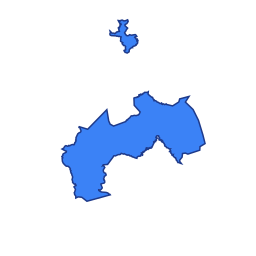 the district of Santiago Choápam, Oaxaca, Mexico, rotated 306°
{"feature_id": "50627088B5221153952637", "entity_name": "Santiago Choápam", "entity_type": "district", "adm_level": 2, "iso_a3": "MEX", "parent_name": "Mexico", "parent_adm1": "Oaxaca", "projection": "robinson", "projection_center": [-95.863, 17.388], "detail": "fine", "context": "isolated", "style": "filled", "palette": "blue", "viewbox_px": 256, "rotation_deg": 306, "n_neighbors": 0, "source": "geoboundaries", "source_scale": "gbopen_adm2", "svg_char_len": 5853}
<svg xmlns="http://www.w3.org/2000/svg" viewBox="0 0 256 256"><g transform="rotate(306 128 128)"><path d="M44.6,137.8L63.5,152.9L63.7,152.3L63.4,151.1L63.6,149.9L63.0,148.1L60.7,144.3L60.3,142.8L60.3,141.0L60.8,140.6L61.6,142.1L62.8,142.4L64.3,142.4L64.6,142.2L66.4,139.3L66.9,139.0L69.5,141.1L70.4,141.1L71.5,140.2L72.0,139.4L71.7,139.2L71.8,138.9L72.6,138.1L73.5,138.0L74.9,137.3L76.8,138.0L77.3,137.8L77.4,137.4L78.2,136.5L77.8,135.0L78.3,133.8L79.4,132.7L82.0,132.4L82.3,132.5L82.8,131.5L83.2,130.0L82.7,129.7L83.7,129.6L86.5,132.9L95.8,133.0L96.9,132.8L97.4,133.1L98.0,134.2L100.7,135.7L101.8,137.1L102.6,137.4L103.5,137.4L104.3,139.8L105.0,140.1L105.1,141.4L105.5,142.6L105.4,142.6L105.5,143.3L106.4,144.1L106.5,144.9L106.8,145.2L106.6,145.5L106.6,146.2L107.4,147.2L107.1,148.1L107.3,148.4L107.3,148.9L107.6,149.3L108.0,151.3L108.7,153.0L109.9,152.5L111.3,153.0L112.3,154.3L112.8,154.7L113.5,154.2L114.1,154.5L114.7,154.3L114.3,155.1L114.4,155.7L114.8,155.7L115.5,155.1L115.8,153.6L117.0,154.5L117.4,154.1L117.8,154.1L118.1,154.3L118.0,155.0L118.7,155.2L119.3,155.0L120.2,155.4L120.6,155.0L120.8,155.0L121.1,155.8L121.8,155.8L122.3,154.5L122.8,154.6L123.0,154.9L122.6,155.2L122.3,156.0L122.4,156.8L123.7,157.1L123.9,156.5L124.2,156.9L125.0,157.3L124.6,157.7L125.4,158.6L126.4,158.8L127.0,158.3L127.6,158.5L129.8,158.0L130.7,158.0L131.5,157.3L131.5,157.7L132.0,157.8L132.6,157.4L133.2,158.3L133.8,158.1L134.0,157.4L134.3,157.3L134.5,157.5L134.5,158.1L134.9,158.2L136.1,157.3L137.0,157.7L137.1,157.4L136.7,156.3L136.9,156.0L137.7,156.1L138.2,155.9L138.4,155.3L138.5,156.2L139.2,156.5L139.6,157.2L139.6,157.6L139.0,158.0L138.5,159.5L137.8,159.3L137.1,159.6L136.6,160.2L136.7,160.6L137.3,160.7L137.9,161.4L138.0,162.4L137.4,162.0L137.1,162.1L137.1,162.9L136.7,163.3L136.8,163.9L137.5,164.1L137.4,164.3L137.0,164.4L136.7,166.4L136.1,167.2L136.1,167.6L135.3,168.0L135.0,168.8L135.3,169.5L135.1,170.4L134.8,170.7L135.3,171.9L135.3,173.4L135.8,174.2L135.5,174.1L134.9,175.6L134.6,175.7L133.5,175.3L133.3,175.4L133.8,176.7L132.9,177.4L132.8,177.8L132.8,178.7L132.0,179.3L131.9,179.8L132.1,180.1L132.9,180.4L132.2,180.7L131.7,181.5L131.6,183.3L131.9,183.9L131.4,184.2L131.1,185.4L130.5,185.7L130.3,187.1L129.8,187.7L129.4,188.8L129.9,189.4L130.2,190.1L130.1,190.7L130.6,192.1L131.3,189.7L132.3,188.7L136.2,188.9L139.4,187.1L141.4,189.1L142.1,191.8L152.2,199.1L155.2,197.2L160.7,199.5L166.3,192.8L175.6,180.5L181.2,169.8L182.7,159.2L189.4,158.8L181.9,152.7L179.3,153.7L178.6,153.7L172.1,151.1L169.8,145.6L169.9,144.8L169.4,144.8L169.1,144.1L168.5,143.9L168.3,142.4L168.0,142.1L167.3,142.0L167.2,141.5L167.9,140.8L167.9,140.3L167.2,140.2L166.6,139.5L166.6,137.5L166.1,136.3L166.4,135.7L166.3,134.2L165.4,132.9L166.3,132.4L166.2,131.4L167.2,129.9L167.2,129.6L166.8,129.2L167.1,124.7L167.4,124.2L169.2,123.1L168.3,122.8L166.5,120.4L165.7,120.4L165.0,119.9L164.2,120.0L164.1,119.5L164.3,119.1L163.6,119.7L163.0,119.6L163.1,119.2L162.8,119.0L162.8,118.3L162.2,118.1L161.7,117.7L161.5,118.4L161.2,118.3L160.7,118.5L160.5,118.3L160.5,117.8L159.9,118.2L159.7,118.0L159.2,117.9L158.8,117.3L158.5,117.6L157.2,116.5L156.9,115.9L155.7,115.2L150.0,119.7L148.1,128.4L145.9,128.9L144.2,128.5L144.0,128.1L142.8,127.3L141.9,125.6L140.4,124.5L139.9,123.7L139.3,123.4L137.2,123.4L135.6,122.8L134.2,122.9L134.0,122.4L133.8,122.3L132.9,122.2L131.9,122.4L121.1,115.2L120.6,111.3L122.4,108.2L130.4,100.1L103.3,96.1L100.4,87.8L99.8,87.8L99.6,88.1L99.8,88.8L99.6,89.6L98.8,90.4L98.5,91.2L97.8,91.8L97.2,92.0L96.3,91.9L95.6,91.3L93.8,90.8L89.6,91.6L88.3,92.6L87.5,92.7L87.3,93.3L86.2,93.7L85.8,93.8L85.1,93.5L84.3,93.9L83.8,93.9L83.4,94.2L82.6,94.1L82.4,93.3L81.8,92.6L80.6,91.8L79.7,91.5L79.5,91.0L79.0,90.9L78.9,90.2L78.1,90.2L77.6,89.7L77.5,88.8L77.2,88.1L76.0,87.6L73.9,87.8L72.2,87.0L72.6,90.3L72.9,91.4L73.0,91.8L72.5,92.1L72.0,92.2L69.1,90.8L68.4,90.8L67.4,91.5L66.1,91.2L65.8,91.5L65.8,92.4L65.5,92.8L64.7,92.6L62.5,94.5L61.5,96.2L61.0,98.3L60.8,100.5L61.4,101.3L61.9,102.4L61.4,104.7L61.0,105.4L60.4,105.5L60.0,106.2L60.0,106.8L59.4,106.9L58.7,107.5L58.6,108.0L57.9,108.7L57.9,109.3L57.0,110.2L56.2,111.6L55.5,112.2L53.3,113.1L52.4,114.5L51.4,115.2L51.0,117.5L51.7,118.3L51.3,118.6L51.3,119.4L50.8,119.8L49.8,119.1L48.6,118.9L48.0,120.6L47.4,121.6L44.9,122.5L43.9,122.6L43.5,123.4L42.8,123.9L42.2,125.8L40.7,126.9L42.9,128.1L44.8,131.3L44.6,137.8ZM209.2,56.9L207.9,59.6L208.3,60.7L207.8,61.1L207.6,61.0L207.7,61.5L207.0,61.6L206.4,61.2L205.7,61.5L205.6,61.8L205.0,61.9L204.8,61.7L204.5,61.9L204.3,61.6L203.6,61.3L203.5,61.5L203.2,61.5L203.2,62.2L202.4,62.5L201.1,64.3L200.8,64.1L200.5,63.4L199.5,63.0L198.9,62.3L197.4,62.2L196.6,61.9L196.5,60.9L195.6,59.7L195.3,59.0L195.6,58.3L195.2,58.0L195.9,56.8L195.9,56.5L195.0,57.6L193.5,58.0L192.8,58.7L192.7,59.2L193.0,60.3L195.5,64.2L195.6,64.9L196.3,65.7L196.4,66.5L197.1,67.1L197.3,68.6L198.3,69.1L197.6,68.9L197.3,69.0L195.8,69.6L195.0,70.4L194.4,70.5L193.8,71.1L193.9,73.6L193.0,73.5L192.6,74.0L192.6,74.7L192.1,75.9L192.7,76.7L192.5,78.2L191.2,78.8L190.3,79.9L189.7,80.2L188.8,79.3L188.2,79.3L187.5,81.2L187.9,81.7L187.8,82.2L188.2,83.3L190.3,84.1L192.2,83.0L193.9,83.3L195.3,83.8L195.7,84.5L196.3,84.0L197.3,84.3L198.2,85.1L199.7,85.9L200.2,85.4L200.5,85.7L201.0,85.7L201.7,86.0L202.6,85.7L203.6,85.0L204.6,84.7L204.7,84.3L203.6,84.1L204.1,83.5L205.3,83.4L205.4,83.0L204.7,82.7L204.7,82.3L205.1,81.5L205.3,80.1L206.1,80.2L206.7,81.0L207.3,81.3L207.9,79.5L207.8,78.9L205.7,76.8L205.2,76.5L204.4,74.4L203.3,74.2L202.4,73.5L201.9,72.2L202.3,71.6L202.3,70.9L202.6,70.5L202.9,69.4L203.3,69.1L204.6,69.3L206.7,68.9L207.1,69.0L208.6,69.0L208.7,68.5L208.6,67.9L208.9,66.6L208.9,65.9L209.1,65.4L210.0,64.8L211.8,65.7L213.4,65.6L213.9,65.3L214.2,65.5L214.6,65.2L215.3,64.1L213.2,62.8L212.4,61.9L212.0,61.1L212.1,60.6L211.9,59.9L211.0,59.0L209.9,58.8L209.7,57.7L209.2,56.9Z" fill="#3b82f6" stroke="#1e3a8a" stroke-width="1.5"/></g></svg>